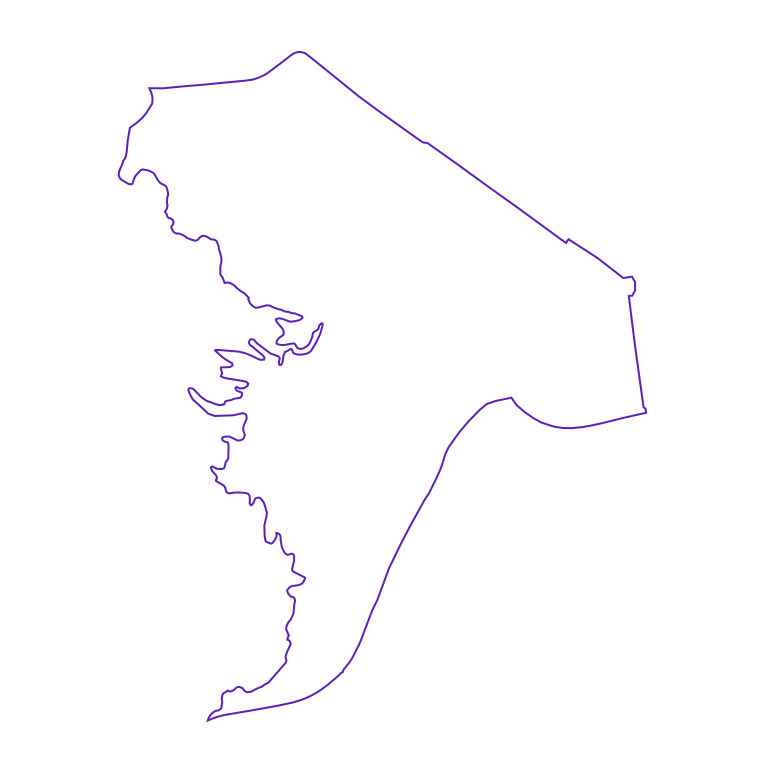 outline of Minshat Nasir, Al Qahirah, Egypt, rotated 89°
{"feature_id": "37247803B62139513677683", "entity_name": "Minshat Nasir", "entity_type": "district", "adm_level": 2, "iso_a3": "EGY", "parent_name": "Egypt", "parent_adm1": "Al Qahirah", "projection": "orthographic", "projection_center": [31.288, 30.043], "detail": "fine", "context": "isolated", "style": "outline", "palette": "violet", "viewbox_px": 768, "rotation_deg": 89, "n_neighbors": 0, "source": "geoboundaries", "source_scale": "gbopen_adm2", "svg_char_len": 6141}
<svg xmlns="http://www.w3.org/2000/svg" viewBox="0 0 768 768"><g transform="rotate(89 384 384)"><path d="M78.3,517.8L81.8,562.6L82.8,578.3L84.5,599.8L84.2,613.5L88.9,611.5L92.1,610.7L95.3,610.5L99.7,610.9L109.6,617.4L114.2,621.6L119.0,627.3L122.9,633.0L123.5,633.6L136.3,636.0L147.2,637.2L151.5,638.1L154.4,639.3L156.2,640.7L162.5,643.0L163.8,643.9L167.5,645.3L170.4,645.6L173.0,644.8L174.8,643.6L179.6,635.8L179.9,633.0L179.2,631.9L174.9,630.5L172.2,629.3L170.5,627.9L165.9,623.5L165.2,621.2L166.2,616.7L167.0,614.4L168.6,611.5L170.0,609.9L175.8,606.8L179.0,604.4L182.3,598.6L184.2,597.7L189.2,596.6L191.0,596.5L194.0,597.6L195.9,597.6L198.3,597.9L199.3,597.8L201.8,597.3L204.8,598.0L207.9,600.0L210.4,598.4L212.8,597.6L213.9,596.9L215.3,593.3L216.7,592.2L218.6,591.5L221.1,592.4L222.2,593.4L223.6,594.1L227.5,592.3L229.1,590.8L229.8,589.0L230.1,586.0L231.5,582.7L232.8,580.4L234.6,578.2L236.1,574.6L237.3,570.7L237.3,569.1L236.2,567.3L234.4,565.7L232.8,563.4L232.7,560.9L233.9,558.0L236.4,554.5L236.5,552.1L237.4,550.0L238.2,548.9L240.9,547.8L244.2,546.8L245.8,546.8L250.3,545.5L255.0,544.4L260.0,544.5L262.0,545.3L265.0,545.6L271.1,545.7L272.7,545.0L275.3,543.3L280.1,541.6L279.8,537.9L280.9,535.0L282.4,532.5L285.8,529.1L288.9,525.3L290.8,522.0L295.5,517.7L297.0,518.2L301.4,516.2L303.3,514.5L305.6,511.1L305.2,507.7L303.3,500.1L303.6,496.7L305.1,494.0L306.5,490.7L307.5,487.9L308.0,485.4L309.8,481.8L310.1,480.0L310.1,478.2L311.6,475.2L311.9,471.7L314.8,464.9L316.1,464.3L317.3,465.4L318.6,467.2L319.6,471.6L320.1,476.6L317.2,484.3L316.4,487.4L317.2,490.7L318.0,491.0L320.3,490.1L326.3,484.9L328.0,483.9L329.9,483.4L331.2,483.3L333.2,483.9L335.8,487.6L337.7,489.6L338.8,490.3L340.3,490.7L341.8,490.6L342.9,488.1L343.2,485.5L343.2,482.8L342.0,475.2L341.9,474.1L342.1,472.8L343.0,472.0L346.2,470.2L347.1,468.5L347.4,467.2L347.3,465.4L346.9,463.9L344.7,460.2L342.8,458.3L341.4,457.4L336.5,455.2L331.7,454.1L330.8,453.3L329.0,450.1L327.5,448.6L324.3,447.7L322.3,445.6L322.5,444.3L324.8,444.5L333.1,447.0L341.0,451.0L347.1,454.7L349.9,456.6L351.9,459.6L352.6,462.0L353.2,466.8L353.1,469.6L352.6,471.6L352.2,472.3L351.9,473.6L350.8,474.5L349.5,474.7L347.3,476.0L347.7,477.4L349.6,480.5L350.2,482.5L352.9,483.5L353.9,484.1L356.2,484.3L360.0,485.0L362.1,485.8L363.1,486.8L362.9,488.4L360.1,488.7L357.4,487.9L355.6,488.0L354.4,489.4L351.5,497.0L340.9,510.5L337.4,513.2L337.1,514.8L337.1,516.9L338.1,517.6L339.8,518.3L341.2,518.0L342.6,517.4L344.2,515.1L353.2,504.8L355.2,503.1L357.5,503.4L357.7,507.3L356.5,510.0L353.4,516.2L350.8,522.0L349.1,528.7L347.3,546.4L347.0,551.7L347.6,552.3L354.8,544.6L358.2,539.6L360.6,535.5L362.8,535.1L364.3,537.5L364.6,543.0L364.4,546.5L365.8,546.9L370.5,545.6L373.4,547.0L374.4,545.3L375.7,540.8L378.4,525.7L379.5,521.5L381.3,519.7L383.6,520.6L385.7,524.1L385.9,528.6L384.3,531.3L385.2,532.5L387.0,532.3L388.2,531.0L390.2,526.3L392.6,526.0L395.1,527.6L396.2,534.4L397.3,536.8L398.4,542.7L401.7,544.5L402.3,548.8L401.2,552.7L397.4,562.2L393.8,567.1L386.8,573.6L385.2,575.4L384.8,577.9L385.1,579.3L386.7,579.7L389.1,578.9L392.6,577.4L396.0,575.5L404.6,566.4L410.6,560.3L413.0,553.8L412.7,536.2L412.2,532.8L410.7,525.8L411.1,524.2L411.7,523.0L413.0,522.2L416.2,521.9L422.0,524.5L424.6,525.4L427.6,525.6L431.3,524.4L433.0,524.1L434.3,524.5L435.8,525.4L436.8,526.2L437.9,528.8L437.9,530.0L437.7,532.2L437.1,533.1L433.9,539.3L433.8,543.5L434.5,546.3L435.4,546.8L437.0,546.5L438.4,545.2L439.2,543.1L439.5,541.3L440.3,540.9L443.0,540.5L455.4,541.0L457.6,542.1L458.9,543.5L464.2,544.8L465.6,545.6L466.2,548.0L465.9,552.4L464.0,555.9L463.5,557.1L463.8,558.1L464.7,558.5L468.2,557.2L472.3,553.6L474.1,552.8L475.4,552.7L477.2,553.8L478.1,553.6L482.7,546.0L484.2,545.0L485.5,544.4L487.3,544.1L489.1,543.5L490.4,542.0L490.6,539.7L490.0,536.1L489.9,530.9L490.6,523.8L491.6,521.6L493.7,520.3L496.9,520.1L501.0,520.4L502.8,519.4L502.8,518.4L500.2,516.4L496.9,515.1L495.8,513.8L495.4,511.3L495.9,509.8L496.7,509.0L499.7,506.7L501.4,505.9L506.4,504.4L508.0,504.1L510.4,503.3L514.2,503.8L523.3,506.1L534.2,506.0L539.0,505.1L540.5,503.1L540.7,501.8L541.7,499.8L541.2,498.5L538.8,496.4L535.2,494.4L533.4,494.0L531.1,494.2L531.4,492.6L532.3,491.4L533.3,490.5L535.1,490.0L537.6,490.1L544.7,489.1L547.7,488.0L550.9,486.3L552.3,485.2L553.1,483.5L552.8,481.8L552.1,480.0L552.2,478.6L553.0,477.5L554.2,476.9L559.3,476.9L562.8,478.0L564.7,478.3L566.9,479.2L568.8,478.8L569.8,478.3L576.2,466.4L577.4,466.4L579.7,467.6L581.9,469.2L582.9,470.9L583.9,474.5L584.3,479.3L585.5,481.9L588.2,484.2L589.4,484.4L592.0,483.4L595.0,480.8L595.3,478.9L595.9,478.0L597.4,477.0L599.7,476.8L602.5,477.5L611.6,478.4L617.5,481.1L620.7,483.8L624.3,485.7L627.5,486.1L633.7,483.6L636.1,484.7L638.0,485.1L638.4,483.9L640.0,482.3L642.7,481.9L649.5,485.3L654.6,487.2L658.9,486.4L660.9,487.1L680.8,505.0L682.0,507.8L684.4,511.3L686.5,516.8L689.3,522.2L689.8,526.6L688.2,529.0L685.5,531.0L684.4,533.8L684.4,535.7L685.6,537.7L687.6,539.7L688.8,542.8L688.5,544.4L687.7,545.6L688.9,547.1L690.9,550.6L695.3,551.8L699.2,551.3L705.5,552.4L707.5,555.2L707.9,558.3L709.5,560.6L711.6,563.0L714.3,564.9L717.4,566.1L715.6,561.6L714.0,556.9L712.3,550.2L708.3,523.6L703.7,495.2L700.9,480.9L698.6,472.7L696.9,468.0L694.7,463.0L691.6,457.1L688.5,452.1L684.0,445.8L675.1,434.9L672.0,431.8L671.6,430.4L669.3,429.7L661.8,423.5L657.0,420.3L644.4,413.6L640.7,411.9L610.3,399.8L599.8,394.4L569.0,382.5L544.6,370.2L526.2,360.2L501.0,345.7L494.3,341.1L480.6,334.0L471.7,329.7L464.6,326.9L455.4,324.1L447.9,320.2L433.7,309.7L422.4,299.7L411.6,288.8L405.7,281.4L402.9,272.6L399.9,256.9L407.4,251.8L414.3,244.1L420.7,235.3L425.2,227.5L428.6,217.8L430.0,213.1L431.1,205.9L431.4,197.8L430.6,186.7L429.2,177.8L427.0,166.7L422.8,148.6L417.3,122.4L413.2,123.0L411.7,124.9L347.0,132.7L300.2,137.7L300.0,134.2L294.7,131.3L286.5,131.2L281.0,134.2L282.2,142.9L261.8,168.3L242.5,197.0L246.2,199.6L210.4,246.8L189.8,274.6L164.0,308.9L143.8,336.4L143.3,340.5L139.2,346.4L110.6,385.1L96.1,404.0L57.3,450.3L52.1,456.8L51.3,458.7L50.6,461.5L50.6,464.1L51.3,467.1L53.3,470.8L61.4,481.6L71.5,495.6L73.2,498.7L75.3,503.5L77.0,508.5L77.4,510.2L78.3,517.8Z" fill="none" stroke="#5b21b6" stroke-width="2"/></g></svg>